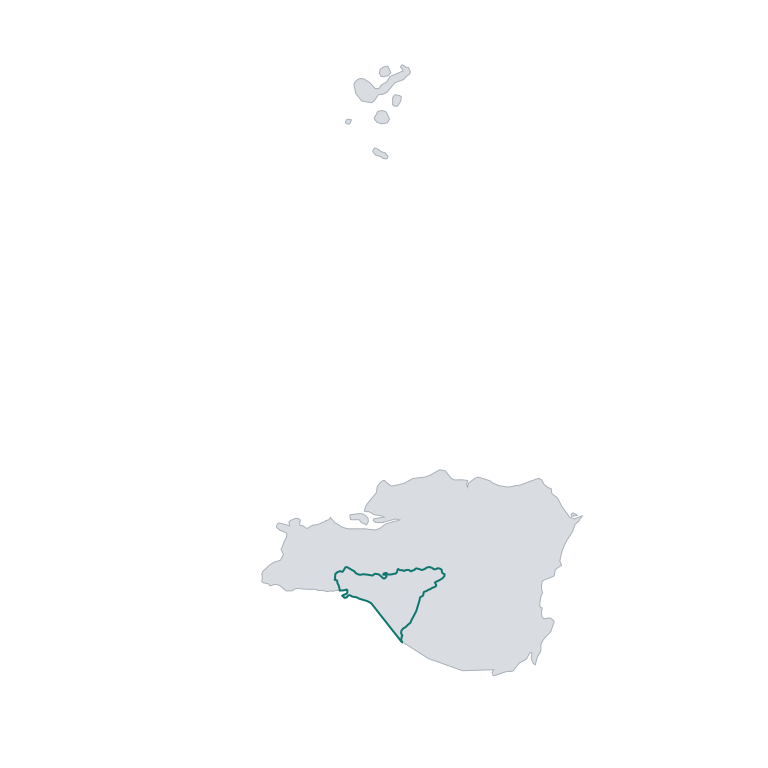 Ecuador, with Morona Santiago highlighted, rotated 77°
{"feature_id": "ECU-1285", "entity_name": "Morona Santiago", "entity_type": "Province", "adm_level": 1, "iso_a3": "ECU", "parent_name": "Ecuador", "parent_adm1": "", "projection": "equal_earth", "projection_center": [-78.23, -2.513], "detail": "fine", "context": "in_parent", "style": "outline", "palette": "teal", "viewbox_px": 768, "rotation_deg": 77, "n_neighbors": 0, "source": "natural_earth", "source_scale": "10m", "svg_char_len": 7208}
<svg xmlns="http://www.w3.org/2000/svg" viewBox="0 0 768 768"><g transform="rotate(77 384 384)"><path d="M691.7,299.8L689.6,301.6L684.5,302.3L680.5,300.6L678.9,300.6L678.7,302.4L684.0,307.0L686.5,315.1L690.2,320.1L692.5,322.5L692.7,324.3L692.0,327.5L691.8,330.2L693.1,342.7L692.2,343.4L689.3,343.4L687.1,341.3L681.0,372.1L661.4,402.6L639.2,424.4L613.5,436.9L594.7,445.7L591.7,449.0L582.5,464.4L582.1,465.9L583.4,468.5L583.5,470.2L582.1,471.2L580.9,471.4L580.4,470.6L580.0,468.7L578.7,466.8L577.3,466.3L576.4,466.8L576.3,468.5L574.4,476.8L574.4,480.8L573.6,482.4L573.6,486.0L571.7,489.4L570.3,494.9L568.7,496.7L566.7,505.3L563.9,513.8L563.6,516.8L564.5,518.9L564.8,520.5L563.6,525.8L557.0,531.0L555.3,533.5L554.6,536.4L555.0,538.8L554.8,540.8L552.7,541.6L550.5,546.4L548.9,547.5L544.8,545.9L541.7,545.9L539.4,544.3L534.7,536.2L532.9,531.3L532.4,524.6L527.8,520.4L521.8,521.5L520.0,519.9L515.6,517.1L511.8,513.9L508.9,512.3L506.7,513.1L503.1,518.4L499.7,520.8L498.2,520.7L496.2,519.1L495.8,517.3L500.9,507.9L497.1,507.7L495.8,505.7L495.6,503.4L495.0,500.8L495.7,497.8L497.7,496.2L500.7,497.5L502.7,497.6L504.1,494.7L506.8,492.5L507.4,491.1L505.9,486.6L505.5,484.1L506.0,482.7L505.8,477.7L505.0,475.9L504.9,473.1L504.1,471.6L503.8,468.1L501.9,466.3L508.1,463.1L510.3,460.5L513.1,458.2L515.5,454.6L517.1,451.2L520.8,435.3L524.3,425.3L523.7,420.5L520.8,414.0L520.1,404.4L520.4,401.5L520.0,399.3L518.1,403.3L518.6,417.4L516.9,423.7L514.5,425.2L513.0,424.1L513.8,413.8L512.1,415.7L509.3,422.7L504.7,427.9L504.5,429.6L503.4,431.7L499.8,429.8L497.2,427.6L488.3,416.0L482.5,413.6L479.0,409.5L478.2,407.8L477.8,405.5L481.4,403.0L485.1,399.8L485.4,392.5L485.3,386.9L482.6,377.2L483.9,364.6L483.2,359.6L480.1,349.1L482.4,343.8L490.6,340.0L493.2,337.4L495.0,329.1L496.9,324.1L500.6,326.1L503.4,325.8L499.6,324.0L496.4,316.5L495.9,313.0L502.0,302.8L505.1,300.1L509.0,294.7L512.3,286.5L513.1,273.5L511.8,264.3L510.7,254.5L512.7,252.0L517.7,250.7L521.8,247.5L523.8,244.6L528.6,245.1L534.2,240.5L543.1,238.3L555.5,233.1L558.3,228.6L557.0,220.5L561.7,225.4L563.7,229.2L570.2,233.5L577.7,241.2L582.6,245.2L588.0,248.7L595.9,252.5L600.6,251.8L602.7,257.6L604.5,259.3L609.0,261.3L609.5,262.0L611.2,272.8L612.2,274.4L616.1,276.1L620.9,276.7L622.8,276.3L627.0,279.3L633.5,281.8L635.9,282.1L636.9,281.6L637.3,280.5L639.2,280.7L642.1,282.1L646.2,282.4L648.7,281.1L649.2,275.1L650.2,273.8L653.1,271.6L654.6,272.0L662.2,276.8L663.8,278.5L665.7,281.8L669.3,286.7L673.2,289.8L679.2,291.2L685.0,296.3L691.7,299.8ZM89.3,293.1L91.7,296.3L93.0,305.7L100.5,315.5L101.5,321.0L100.8,323.6L101.1,324.6L104.8,328.5L107.2,332.5L103.2,342.1L94.7,346.1L85.6,346.0L83.8,344.9L81.4,341.3L80.9,338.1L82.3,334.9L87.0,330.2L94.2,326.0L95.0,322.7L92.2,319.6L90.2,313.3L85.7,308.9L83.4,295.5L81.9,294.9L78.9,296.7L77.4,295.1L77.1,294.2L80.4,291.2L81.1,289.0L86.0,288.0L88.1,289.7L89.3,293.1ZM124.7,333.5L122.7,333.6L116.9,328.7L117.2,323.9L119.6,320.6L127.1,319.0L130.3,322.0L130.0,327.8L127.4,332.0L125.4,332.8L124.7,333.5ZM509.2,445.2L508.4,447.2L504.9,447.0L503.8,446.4L504.7,437.1L505.7,434.1L508.6,431.2L511.1,429.8L514.2,430.1L517.5,432.7L513.6,437.4L510.6,438.8L509.2,445.2ZM83.5,317.7L79.8,318.6L76.6,316.9L75.2,314.2L74.9,310.1L75.2,308.8L82.3,307.3L84.5,310.7L84.5,315.7L83.5,317.7ZM159.2,340.6L154.8,342.7L152.3,340.7L152.0,339.5L154.5,336.3L156.9,334.6L159.0,331.0L163.0,328.9L164.1,329.4L164.9,330.1L165.2,331.3L163.9,334.2L161.5,336.3L159.2,340.6ZM115.6,311.3L113.9,312.8L106.8,311.1L104.6,308.1L106.4,304.1L107.9,302.5L112.1,304.0L116.4,308.5L115.6,311.3ZM121.4,362.4L119.8,362.5L117.7,360.3L119.3,356.3L122.3,358.4L123.0,359.9L121.4,362.4ZM555.2,230.8L553.0,231.1L552.1,228.7L554.6,225.9L555.5,225.3L555.2,230.8Z" fill="#d9dde1" stroke="#a8b0b8" stroke-width="1"/><path d="M639.5,424.5L639.0,425.0L635.5,426.6L630.8,428.8L626.0,431.1L621.3,433.3L616.5,435.5L611.8,437.8L607.1,440.0L602.3,442.2L597.6,444.4L596.6,444.9L595.1,445.6L594.4,446.1L591.6,449.4L587.8,456.2L586.0,458.3L585.5,459.1L584.3,462.1L583.8,463.0L582.5,464.3L582.0,465.1L582.0,466.2L582.5,467.1L583.1,467.7L583.5,468.4L583.6,469.8L583.3,470.8L582.7,471.1L582.0,471.3L581.4,472.0L580.9,472.3L580.5,471.4L580.0,468.1L579.7,467.4L579.3,466.9L577.6,466.3L576.8,466.1L576.2,466.4L575.8,467.3L575.8,467.7L576.1,468.6L576.0,469.2L575.8,471.4L575.3,473.5L575.2,473.5L570.6,473.4L567.8,474.1L567.0,474.1L565.6,473.9L565.1,474.0L564.8,474.1L564.6,474.3L564.4,474.5L564.1,475.5L563.9,475.8L563.7,476.0L563.4,476.0L562.7,475.5L562.3,475.4L561.1,475.1L559.5,474.6L558.5,474.3L558.1,474.1L557.8,473.8L557.8,473.4L557.7,473.1L557.5,472.8L557.2,472.5L557.0,472.1L556.9,471.8L556.8,471.5L556.7,471.0L556.7,470.1L556.5,469.4L556.5,469.1L556.5,468.7L556.7,468.4L556.9,468.1L557.3,467.6L557.5,467.3L557.6,467.0L557.6,466.7L557.4,466.3L557.2,466.0L554.1,463.0L553.9,462.1L554.0,461.7L554.1,461.2L558.8,456.2L559.5,455.2L560.9,454.6L562.2,453.7L563.2,452.6L564.1,451.2L564.5,450.3L564.6,449.4L564.6,448.6L564.6,447.8L564.7,447.0L565.6,444.5L565.7,444.0L566.0,443.1L567.7,439.2L568.0,438.4L567.9,438.0L567.8,437.5L567.5,437.0L567.2,436.5L567.0,436.1L566.9,435.7L566.9,435.4L568.1,432.4L568.4,431.9L568.8,431.5L573.0,428.6L573.4,428.1L573.6,427.7L573.6,427.3L573.5,426.8L573.3,426.4L573.1,426.0L571.9,424.8L571.6,424.7L571.3,424.7L571.0,424.8L570.6,425.1L570.2,425.6L570.0,426.1L569.8,426.6L569.8,427.2L569.6,427.5L569.3,427.5L569.0,427.3L568.7,426.9L568.6,426.4L568.5,425.9L568.7,424.4L569.0,424.6L569.3,424.6L569.5,424.4L569.9,423.8L570.8,421.9L571.0,421.5L571.0,421.1L571.0,420.5L571.1,420.0L571.2,419.1L571.2,416.2L571.2,415.7L571.3,415.2L571.1,414.6L570.5,414.0L568.1,412.6L567.6,412.2L567.6,411.7L568.9,410.4L569.1,410.0L569.3,409.3L569.3,408.8L569.5,408.1L569.8,407.6L570.5,406.9L570.7,406.5L570.7,406.2L570.4,405.7L570.3,403.7L570.6,402.3L570.9,401.5L571.5,400.9L572.0,400.5L572.5,400.1L572.6,399.7L572.3,398.7L572.1,398.1L572.1,396.9L572.0,396.2L571.7,395.7L571.4,395.5L571.1,395.1L571.0,394.7L571.0,394.1L571.1,393.5L572.2,391.4L573.7,389.1L573.8,388.5L573.5,386.9L573.4,385.7L573.2,385.3L573.0,385.0L572.8,384.7L572.7,384.3L572.5,383.5L572.5,382.6L572.5,381.5L572.6,380.9L572.7,380.5L573.0,380.2L573.2,379.9L573.4,379.6L573.7,379.0L574.0,378.6L574.4,378.2L575.2,377.5L575.6,377.1L575.9,376.7L576.0,376.2L576.1,375.7L576.0,375.1L575.7,373.7L575.7,373.0L575.7,372.6L576.1,371.8L576.8,370.7L577.2,370.3L577.9,369.7L578.4,369.6L579.7,369.8L580.7,369.8L581.2,369.6L581.8,369.2L582.2,368.8L582.9,367.8L584.6,368.3L585.5,369.3L586.0,370.0L586.5,370.8L586.8,371.5L588.0,375.5L588.3,377.2L588.6,378.4L589.1,379.0L589.7,378.9L591.4,378.4L592.1,378.5L592.7,379.0L593.1,380.1L593.6,383.5L594.3,385.0L594.4,385.4L594.4,386.5L594.5,387.2L595.1,388.5L595.3,389.2L595.4,390.7L595.5,391.4L595.8,392.1L596.5,392.5L598.0,393.0L598.7,393.4L599.2,394.0L599.4,394.8L599.6,395.6L599.8,396.4L600.3,397.0L600.9,397.3L602.3,397.8L612.6,403.7L621.3,411.2L621.9,411.5L622.5,411.8L622.9,412.6L623.6,414.2L624.9,416.3L625.3,417.1L625.5,417.3L625.8,417.7L625.9,418.2L626.0,418.4L626.4,420.1L627.4,421.5L628.6,422.7L630.2,423.3L631.9,423.2L633.0,422.7L633.4,422.8L634.1,423.4L634.5,423.8L635.8,424.1L637.4,425.1L638.2,424.8L639.0,424.3L639.5,424.5L639.5,424.5Z" fill="none" stroke="#0f766e" stroke-width="2"/></g></svg>